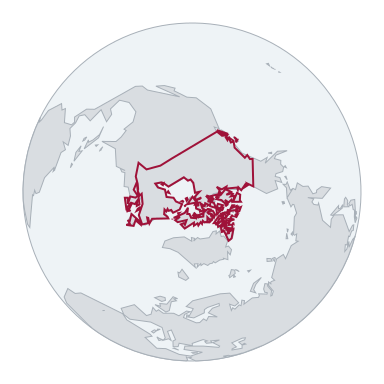 Canada on an orthographic globe, rotated 133°
{"feature_id": "CAN", "entity_name": "Canada", "entity_type": "country or territory", "adm_level": 0, "iso_a3": "CAN", "parent_name": "North America", "parent_adm1": "", "projection": "orthographic", "projection_center": [-89.555, 62.395], "detail": "fine", "context": "on_globe", "style": "outline", "palette": "rose", "viewbox_px": 384, "rotation_deg": 133, "n_neighbors": 0, "source": "natural_earth", "source_scale": "50m", "svg_char_len": 16064}
<svg xmlns="http://www.w3.org/2000/svg" viewBox="0 0 384 384"><g transform="rotate(133 192 192)"><circle cx="192" cy="192" r="169" fill="#eef3f6" stroke="#a8b0b8"/><path d="M240.7,353.8L244.8,351.4L242.1,351.2L230.3,352.6L216.3,347.7L220.7,343.0L217.3,341.5L228.3,332.6L225.0,325.9L221.0,325.5L217.3,329.0L203.3,325.6L197.9,319.6L153.3,305.4L148.4,300.6L147.8,294.1L130.8,265.9L139.2,290.6L133.0,284.8L127.6,275.2L130.2,274.1L126.1,260.4L120.2,253.1L118.4,235.0L127.2,215.3L129.3,220.1L131.2,215.0L128.6,208.8L126.5,205.9L129.4,181.9L122.6,162.7L115.4,160.6L121.0,158.1L103.9,157.3L96.9,150.6L107.9,155.8L111.4,154.5L108.3,148.6L111.2,146.1L111.4,141.9L115.2,139.6L121.3,143.1L123.9,141.7L121.5,137.6L123.8,132.9L126.9,139.0L131.2,131.5L142.3,136.5L147.5,155.8L156.8,157.3L170.5,174.1L172.4,170.7L178.8,175.3L183.3,173.3L184.5,177.2L187.1,172.2L185.1,169.0L185.5,165.8L188.0,164.4L190.0,169.1L189.1,170.5L191.0,171.1L190.9,174.1L192.4,171.8L194.5,177.8L196.1,169.9L200.9,173.0L201.3,177.5L196.4,179.6L185.3,196.2L184.2,201.8L187.6,207.5L204.2,212.6L205.1,218.0L209.7,223.5L211.5,219.2L208.5,213.5L213.0,207.1L208.8,201.1L210.0,197.8L207.6,190.8L213.2,189.3L219.9,191.6L222.2,197.4L225.2,198.6L227.3,191.1L235.6,200.3L248.2,203.7L249.8,206.5L245.2,215.1L234.5,219.9L228.6,232.1L237.7,221.7L241.5,229.3L244.4,229.5L247.3,227.8L247.9,224.0L250.3,226.2L242.2,237.1L239.9,235.2L242.5,231.7L237.5,234.1L232.0,242.0L234.3,245.4L223.6,254.3L225.1,257.0L223.7,260.5L221.9,255.6L224.9,264.8L212.6,277.6L216.4,292.4L206.9,282.0L200.0,281.3L191.9,282.1L192.4,284.6L181.0,282.9L171.6,287.7L169.4,299.0L174.3,307.6L186.8,308.3L190.0,303.7L198.9,302.4L193.8,314.6L209.4,315.0L208.6,323.1L213.3,326.4L220.9,324.3L228.8,324.6L233.9,319.1L242.4,314.4L243.2,320.4L247.4,313.4L252.5,314.7L269.1,307.7L268.0,309.7L282.1,309.6L296.3,303.5L299.6,305.0L298.0,308.3L302.7,305.4L302.8,306.7L320.5,292.9L328.6,286.4L327.7,290.3L319.7,301.7L313.5,309.4L304.7,317.9L295.2,325.8L285.2,332.9L274.7,339.4L263.7,345.0L252.4,349.8L240.7,353.8ZM45.8,223.9L46.9,221.3L47.4,224.9L45.8,223.9ZM46.8,218.4L46.5,219.6L46.6,218.3L46.8,218.4ZM46.3,216.6L46.6,217.9L46.1,216.7L46.3,216.6ZM45.5,214.5L46.0,215.6L45.9,215.5L45.5,214.5ZM216.1,297.3L234.0,300.3L224.5,303.3L226.2,301.7L221.5,299.9L213.1,298.8L204.5,301.3L216.1,297.3ZM44.8,210.5L44.6,209.5L45.2,210.2L44.8,210.5ZM222.7,288.1L219.7,288.1L222.6,287.5L222.7,288.1ZM125.0,205.1L128.3,209.0L129.5,215.6L126.5,212.7L125.0,205.1ZM123.2,192.7L125.5,193.6L123.2,198.8L122.6,196.6L123.2,192.7ZM109.6,159.9L111.6,162.9L108.6,160.9L109.6,159.9ZM110.7,141.8L109.2,141.8L109.9,139.6L110.7,141.8ZM204.7,192.2L206.1,191.6L205.8,193.2L204.7,192.2ZM202.3,189.9L200.9,192.2L199.6,191.5L200.4,190.1L202.3,189.9ZM116.4,134.1L118.1,130.8L117.4,134.7L116.4,134.1ZM204.3,187.2L197.4,189.9L195.1,188.6L196.4,182.0L204.3,187.2ZM119.7,129.2L123.6,121.3L120.5,120.6L131.4,118.5L124.5,125.8L124.2,130.7L122.3,128.4L119.7,129.2ZM183.4,168.6L185.6,171.9L181.4,170.6L183.4,168.6ZM180.6,168.6L167.1,169.3L165.0,163.8L169.9,164.6L165.4,158.8L171.0,155.8L174.8,158.3L175.0,162.4L177.0,158.1L180.6,168.6ZM136.7,118.8L138.6,117.5L137.8,119.5L136.7,118.8ZM185.4,164.4L182.8,165.0L180.8,160.3L185.6,158.3L184.7,160.5L185.4,164.4ZM161.5,158.9L160.8,155.1L165.2,151.6L165.5,149.7L171.0,155.2L161.5,158.9ZM186.4,160.8L188.0,157.5L191.2,158.4L187.7,163.6L186.4,160.8ZM178.3,159.9L177.6,157.6L179.6,158.2L178.3,159.9ZM203.5,160.2L200.5,160.8L199.2,158.4L203.5,160.2ZM188.4,156.2L187.3,155.9L186.4,155.0L188.1,153.1L188.4,156.2ZM173.7,152.4L175.6,151.8L171.7,150.0L174.8,147.4L177.8,151.6L177.8,148.7L178.8,147.9L180.2,152.3L173.7,152.4ZM187.3,148.7L192.3,153.4L198.1,152.7L199.4,154.8L189.8,155.5L187.3,148.7ZM183.0,150.4L186.0,149.8L186.1,152.6L184.2,154.8L183.0,150.4ZM175.8,144.2L170.2,147.0L169.7,146.0L175.8,144.2ZM189.0,147.9L187.7,146.8L189.4,147.5L189.0,147.9ZM179.8,144.6L177.9,145.7L177.4,144.6L179.8,144.6ZM186.9,143.7L188.5,145.2L187.2,146.7L186.9,143.7ZM183.6,143.7L183.4,141.8L185.8,146.3L182.8,144.4L183.6,143.7ZM179.7,143.3L178.7,143.0L180.5,143.0L179.7,143.3ZM190.7,137.3L194.0,142.7L191.2,145.9L188.4,140.3L190.7,137.3ZM255.2,35.3L275.0,44.9L276.0,45.8L280.3,48.3L285.8,52.4L286.6,54.0L290.8,57.2L288.4,53.3L283.6,50.1L276.8,46.1L277.3,46.1L275.8,45.3L285.8,51.5L295.4,58.4L304.5,65.9L313.0,74.1L315.3,80.9L313.3,79.7L313.2,79.7L316.8,82.5L316.3,84.3L318.1,80.3L319.8,81.5L319.0,80.6L327.5,91.0L335.0,102.1L341.7,113.7L347.5,125.8L352.2,138.3L356.0,151.2L358.7,164.3L358.7,164.6L359.7,172.0L359.6,173.4L359.8,177.6L358.7,207.9L356.0,213.9L347.3,217.0L345.9,208.3L341.6,204.4L328.3,159.7L330.0,152.5L324.6,125.8L324.8,122.9L330.3,127.1L330.3,111.2L324.4,104.3L319.5,90.6L313.0,81.2L302.1,75.1L312.6,90.4L309.5,92.1L297.2,78.9L287.3,66.4L285.8,66.7L288.0,74.1L281.5,71.0L288.2,76.8L288.6,74.6L292.8,78.3L292.7,80.5L290.5,79.3L292.3,83.2L302.6,88.6L304.1,86.9L311.4,98.3L314.6,96.7L318.0,100.3L314.0,104.3L311.2,103.3L307.0,113.0L310.6,114.9L314.8,106.1L315.3,109.0L320.2,112.0L317.0,112.0L311.5,121.5L315.3,133.5L327.4,150.7L328.1,158.3L325.4,164.5L313.7,157.3L313.4,141.0L309.3,138.6L303.1,141.9L303.6,136.8L301.0,136.2L300.3,130.4L293.2,122.7L291.5,117.2L282.8,114.8L280.8,111.7L286.5,113.9L289.6,112.6L284.8,99.7L282.2,97.3L276.9,97.0L276.2,93.6L271.7,94.9L266.1,88.3L269.2,97.6L263.1,97.8L256.5,94.4L255.0,96.2L265.8,101.9L269.6,102.7L272.0,100.6L282.8,104.8L285.8,109.2L276.5,111.5L279.7,118.1L271.1,117.3L247.2,101.9L240.2,95.4L241.2,82.3L246.2,83.0L248.4,88.0L251.8,82.4L248.9,83.3L248.4,80.7L242.4,80.5L241.7,78.6L237.1,81.8L235.6,79.5L238.6,77.5L228.4,75.7L223.7,71.5L221.8,72.1L221.0,73.8L215.5,67.5L214.3,68.2L215.7,70.5L214.1,73.4L209.3,76.2L207.6,73.9L209.2,72.6L209.9,66.5L214.3,63.5L213.1,62.9L209.0,64.9L208.0,72.3L205.6,74.7L205.3,71.0L205.2,72.5L203.5,73.0L200.2,71.3L200.2,75.4L183.3,84.5L175.4,82.6L177.0,78.1L163.5,82.9L155.6,80.8L156.9,82.8L151.3,86.8L153.7,87.5L153.8,88.8L140.5,100.1L136.1,101.1L131.7,108.8L132.3,109.9L135.4,109.5L131.4,118.5L120.5,120.6L119.7,117.9L113.5,121.2L112.3,114.7L108.5,111.1L110.9,102.4L107.6,100.5L105.6,102.1L99.7,100.9L94.6,93.3L107.8,92.4L117.1,103.5L114.1,98.3L117.5,97.5L118.0,94.4L115.7,91.0L113.7,91.9L123.7,77.2L123.4,66.6L116.9,71.6L111.7,72.3L105.6,65.9L113.7,50.1L106.8,51.9L105.7,51.3L110.0,47.9L111.8,48.6L117.1,46.3L117.5,47.4L125.0,42.5L125.9,44.0L131.3,39.7L128.1,39.9L121.1,43.5L125.4,39.5L117.0,42.2L114.8,42.2L121.0,38.7L132.6,33.8L144.5,29.9L156.7,26.8L169.0,24.6L181.5,23.4L194.0,23.1L206.6,23.7L219.0,25.2L231.3,27.7L243.4,31.0L255.2,35.3ZM338.1,175.0L339.8,176.6L338.1,175.0ZM280.3,55.0L272.1,48.8L269.8,51.0L266.5,48.9L266.9,50.5L269.7,51.2L269.9,55.4L264.2,52.7L262.2,53.5L264.8,55.7L275.2,60.0L275.0,53.9L279.4,55.7L280.3,55.0ZM269.6,307.4L271.7,307.6L269.1,308.9L269.6,307.4ZM223.5,306.5L227.1,305.9L229.1,306.6L226.4,307.5L223.5,306.5ZM253.2,298.3L257.2,297.5L253.2,299.6L253.2,298.3ZM236.8,300.4L250.0,299.3L242.2,303.9L233.8,304.6L239.4,302.4L236.8,300.4ZM221.7,293.0L224.0,293.2L223.6,294.7L221.7,293.0ZM224.8,287.6L224.0,288.0L222.7,287.0L224.8,287.6ZM242.0,228.6L242.7,227.8L245.8,226.7L244.7,228.7L242.0,228.6ZM257.4,213.8L261.0,217.7L257.7,216.2L256.8,219.5L248.9,220.7L250.2,208.0L251.0,213.4L257.4,213.8ZM238.6,219.1L243.5,219.6L238.1,219.6L238.6,219.1ZM287.6,139.7L289.4,137.5L292.7,139.5L294.7,147.2L290.0,144.3L287.6,139.7ZM291.2,133.9L281.5,134.4L279.8,129.8L282.4,132.3L282.2,129.2L286.4,132.3L294.3,127.7L297.6,129.3L299.6,142.3L297.1,137.1L295.5,139.5L291.2,133.9ZM259.6,145.9L255.3,146.6L257.2,135.7L260.9,136.3L263.2,143.8L260.2,147.6L259.6,145.9ZM208.1,175.3L206.3,176.8L205.7,175.4L206.8,173.1L208.1,175.3ZM202.2,160.7L215.1,167.9L213.7,169.9L222.9,172.1L222.9,178.1L217.0,176.4L223.8,182.8L218.5,183.7L223.6,187.6L210.4,183.2L205.8,184.4L210.9,180.7L211.0,175.1L209.7,173.1L202.5,168.3L192.9,168.4L191.4,163.1L193.0,159.3L195.1,158.5L195.3,162.2L198.0,158.4L200.0,163.1L202.2,160.7ZM211.9,121.2L211.4,125.3L217.0,119.6L219.0,123.8L219.5,122.9L222.9,125.3L228.0,126.7L228.2,128.9L230.1,128.5L232.4,130.1L235.0,130.4L236.3,134.5L239.7,135.2L238.4,136.8L243.8,136.9L240.4,138.7L243.0,141.2L244.9,138.1L245.6,161.0L248.5,169.5L252.8,175.8L246.3,178.4L238.1,174.3L230.1,167.0L228.2,158.6L225.7,161.4L224.0,158.3L226.7,157.3L221.5,156.9L220.9,154.1L213.7,148.3L206.6,149.7L203.8,147.7L206.3,145.8L201.8,145.2L204.6,140.3L202.6,138.8L203.4,132.6L209.3,129.9L206.7,128.5L207.2,123.8L211.9,121.2ZM191.2,135.6L197.7,131.2L202.1,131.4L198.9,142.1L200.2,144.2L198.3,151.3L192.0,150.9L193.2,148.9L192.8,146.8L194.9,147.8L192.9,145.5L194.4,142.7L193.3,140.2L195.8,139.4L191.2,135.6ZM321.9,118.9L321.5,116.6L320.2,113.0L323.2,114.9L321.9,118.9ZM318.5,125.5L317.6,123.3L321.3,123.9L321.7,126.4L318.5,125.5ZM314.0,121.6L317.3,123.1L315.8,123.7L314.0,121.6ZM285.4,112.0L284.2,109.8L285.3,109.5L287.4,110.6L285.4,112.0ZM228.9,106.0L227.9,108.1L226.8,107.7L221.9,110.3L220.0,107.5L222.2,104.8L228.9,106.0ZM305.6,78.1L309.3,81.3L309.5,82.4L308.2,81.1L305.6,78.1ZM318.1,98.3L316.7,93.9L318.9,98.9L318.1,98.3ZM226.0,103.4L224.2,104.7L224.4,102.5L226.0,103.4ZM218.3,105.6L218.0,103.2L219.2,107.5L218.3,105.6ZM114.4,41.9L113.2,42.6L112.8,42.7L114.4,41.9ZM207.2,83.0L216.2,82.3L221.4,80.3L222.3,76.6L224.8,81.6L216.8,84.7L207.2,83.0ZM186.5,84.5L185.7,87.9L183.5,86.9L183.4,86.0L186.5,84.5ZM187.8,86.3L191.6,89.7L189.5,91.9L186.9,88.8L187.8,86.3ZM209.2,95.9L211.9,95.9L211.7,97.6L209.2,95.9ZM95.8,56.9L97.5,56.7L94.5,59.2L94.2,58.6L95.8,56.9ZM86.5,67.9L94.3,59.8L100.8,53.9L98.2,55.4L98.5,53.7L103.2,51.7L99.6,56.2L94.4,60.7L94.9,62.2L91.8,66.4L94.5,67.1L93.6,69.4L89.6,70.2L86.5,67.9ZM95.9,67.3L99.4,70.9L93.2,75.7L91.1,76.0L92.1,72.2L95.2,69.9L95.9,67.3ZM98.4,73.2L101.5,71.1L113.3,73.2L114.2,74.9L102.0,75.5L104.3,73.5L102.5,72.3L98.4,73.2ZM137.3,116.5L138.4,117.4L136.5,117.7L137.3,116.5ZM155.3,89.1L155.2,90.9L152.9,91.1L155.3,89.1ZM153.7,96.2L156.3,94.7L154.2,97.2L153.7,96.2ZM162.0,91.3L157.6,94.6L160.8,90.1L162.0,91.3Z" fill="#d9dde1" stroke="#a8b0b8" stroke-width="1"/><path d="M130.5,191.1L130.9,176.7L127.3,176.8L128.4,172.1L126.5,170.2L146.1,151.0L148.0,157.1L148.4,155.7L155.1,157.4L151.1,157.5L149.7,157.9L149.7,158.3L157.1,157.2L156.9,161.3L159.1,160.0L158.0,162.1L166.3,169.4L164.5,170.5L169.8,172.0L171.4,177.4L171.9,173.1L174.8,171.6L172.1,170.8L174.6,170.6L183.2,176.1L182.2,173.7L183.5,173.5L185.0,174.4L185.3,178.1L184.1,177.9L184.7,179.2L184.5,178.2L185.3,178.3L185.5,177.4L185.5,175.1L187.8,173.6L185.0,168.6L187.4,163.7L190.0,169.1L188.6,170.5L191.1,171.2L190.2,171.7L191.2,174.7L193.6,173.1L194.5,177.9L197.0,173.0L196.1,170.0L200.8,172.8L199.6,173.8L201.3,177.7L199.3,179.9L197.8,178.3L197.4,178.2L197.1,178.5L198.8,180.5L195.3,179.8L196.3,180.9L194.6,183.3L191.8,181.6L189.7,181.5L195.1,183.7L193.9,186.7L186.7,186.7L190.5,189.3L184.4,197.3L183.8,201.5L186.5,202.7L186.8,208.0L204.1,212.9L204.8,218.8L205.9,221.0L210.9,224.6L211.9,220.0L208.7,213.4L213.0,207.2L208.8,201.6L209.9,197.3L207.6,191.0L213.3,189.1L220.1,191.7L219.3,195.0L221.8,196.4L221.1,198.3L223.7,197.5L223.5,200.2L227.3,197.2L226.8,193.1L227.5,191.3L238.8,202.9L244.1,201.6L240.8,206.4L241.3,207.4L244.6,202.8L249.7,206.3L245.2,215.1L234.4,220.0L227.6,227.6L230.2,227.8L228.3,232.3L226.6,233.4L223.1,237.3L219.0,243.7L207.1,251.0L206.5,240.7L194.3,233.1L181.3,229.6L130.8,214.9L130.4,208.4L126.5,204.9L128.8,204.5L127.9,202.2L129.3,203.6L129.9,201.4L127.9,202.1L126.9,202.9L129.3,197.4L126.7,196.0L130.5,191.1ZM194.8,166.6L196.5,166.5L196.5,164.7L195.3,163.8L196.6,161.3L195.5,160.5L198.6,158.5L200.1,161.0L199.9,163.6L203.0,160.6L205.7,162.1L205.7,164.5L208.5,162.9L208.1,165.1L212.2,164.5L211.2,166.6L215.3,167.6L213.1,169.7L223.7,172.4L223.3,178.1L220.4,176.7L220.8,174.8L216.2,176.8L223.8,181.9L224.1,185.1L218.4,183.9L223.4,187.8L212.3,183.0L206.3,184.2L211.3,180.5L209.8,178.8L211.5,175.1L208.6,171.4L205.8,172.1L206.4,170.4L202.2,167.0L199.9,168.9L200.8,169.8L193.6,168.9L192.1,166.5L194.3,166.6L191.6,164.0L192.7,159.7L195.7,158.5L194.5,161.5L195.1,164.0L196.3,165.5L194.8,166.6ZM199.0,131.4L202.7,132.0L198.7,141.6L200.3,142.6L198.1,143.0L200.6,143.5L196.8,148.3L199.7,149.1L198.1,151.3L192.0,150.8L193.8,148.8L193.0,147.2L195.3,148.2L195.8,148.0L196.3,146.3L193.2,146.0L193.6,144.3L195.6,144.2L196.4,143.5L193.5,140.1L196.8,141.7L195.2,139.8L197.9,137.9L197.0,137.8L197.5,136.4L194.1,139.4L193.4,139.1L194.8,137.5L192.9,139.0L192.1,138.3L193.4,138.0L194.1,137.2L191.1,136.3L199.0,131.4ZM170.7,157.9L174.7,158.2L175.3,162.5L176.3,158.2L177.8,158.5L177.8,164.9L180.5,169.2L177.9,169.1L179.3,170.8L177.9,171.6L174.5,169.0L167.3,169.5L165.3,163.7L170.6,165.0L165.7,162.0L165.4,160.8L168.7,160.6L166.0,158.4L169.6,156.0L171.7,156.1L170.7,157.9ZM237.4,234.1L234.6,229.4L231.7,229.2L230.1,236.2L222.6,239.0L236.9,221.9L239.8,222.9L235.9,226.1L239.8,225.5L241.4,229.3L248.8,228.9L242.0,237.2L240.0,235.1L244.4,230.7L237.4,234.1ZM165.8,149.6L171.1,155.2L162.0,158.5L161.1,154.9L165.4,151.4L165.8,149.6ZM190.9,137.7L192.9,139.8L194.5,142.8L190.9,146.0L189.4,143.7L191.1,142.7L188.4,140.3L190.9,137.7ZM188.8,149.5L192.5,153.8L197.3,152.4L199.8,154.8L190.5,156.1L189.5,151.2L187.1,149.8L188.8,149.5ZM175.1,147.4L180.5,151.7L174.3,153.6L173.2,152.4L176.2,151.8L171.8,149.9L175.1,147.4ZM250.9,207.8L251.2,214.0L256.6,211.6L260.9,217.6L257.6,215.9L256.2,220.0L256.9,217.0L249.4,221.3L249.1,210.6L250.9,207.8ZM182.0,158.6L184.1,158.2L185.8,158.3L184.4,160.5L185.9,161.4L185.5,163.9L183.0,165.0L180.6,160.4L182.9,160.4L182.0,158.6ZM196.5,181.7L198.2,182.7L204.0,187.0L195.1,188.4L196.5,181.7ZM187.0,158.7L191.3,158.4L186.9,163.5L187.0,158.7ZM175.8,145.0L173.4,147.4L169.7,146.0L173.7,144.3L175.8,145.0ZM186.4,150.6L185.6,154.6L182.4,152.4L183.8,152.1L183.6,150.2L186.4,150.6ZM183.2,142.3L186.0,144.0L186.2,146.1L183.2,142.3ZM124.9,205.3L128.7,209.2L129.8,216.0L124.9,205.3ZM199.2,158.5L202.3,158.5L203.6,160.0L199.2,158.5ZM181.5,171.7L185.0,171.2L185.9,172.8L181.5,171.7ZM189.0,155.0L188.1,156.0L186.6,154.7L188.1,153.2L189.0,155.0ZM187.5,144.1L188.7,146.2L187.0,144.1L187.5,144.1ZM205.9,173.4L208.1,175.3L205.8,175.6L205.9,173.4ZM178.4,144.1L180.0,144.5L177.6,144.4L178.4,144.1ZM179.6,157.8L178.1,158.2L177.7,157.5L179.6,157.8ZM248.0,224.0L248.8,227.5L249.0,225.6L250.2,226.1L249.1,227.8L247.6,228.2L248.0,224.0ZM180.0,142.5L180.5,143.7L178.2,143.0L180.0,142.5ZM243.5,219.6L241.3,220.2L238.1,219.5L241.1,218.8L243.5,219.6ZM202.1,189.8L201.0,192.1L199.7,191.6L200.3,190.1L202.1,189.8ZM122.9,194.4L125.6,193.6L123.8,195.3L122.9,194.4ZM187.8,147.4L189.5,147.1L189.7,147.5L187.8,147.4ZM182.9,150.4L182.1,151.9L181.6,150.7L182.9,150.4ZM241.3,228.0L242.7,227.8L245.8,226.8L244.9,228.6L241.3,228.0ZM205.0,191.2L205.8,193.2L204.9,192.8L205.0,191.2ZM173.0,147.8L171.4,148.9L171.1,148.4L173.0,147.8ZM191.6,147.7L191.1,148.4L191.0,147.8L191.6,147.7ZM182.2,146.4L181.9,147.6L181.8,146.0L182.2,146.4ZM122.9,195.1L123.2,196.3L123.1,198.8L122.9,195.1ZM206.8,218.0L207.0,219.2L205.3,218.7L206.8,218.0ZM186.9,140.1L187.1,141.3L186.6,140.5L186.9,140.1ZM181.5,153.4L180.7,153.6L180.5,153.3L181.5,153.4ZM181.8,149.4L182.4,149.5L182.8,150.1L181.8,149.4ZM127.1,198.9L127.4,200.7L126.8,201.1L127.1,198.9ZM209.6,173.4L208.6,174.1L208.2,173.6L209.6,173.4ZM208.3,208.0L209.1,209.8L207.7,209.9L208.3,208.0ZM177.4,143.5L176.8,144.2L176.9,143.6L177.4,143.5ZM185.5,157.4L184.3,158.0L184.0,157.7L185.5,157.4ZM206.8,187.5L207.8,188.0L206.4,187.7L206.8,187.5ZM203.3,171.9L203.3,170.6L203.7,170.6L203.3,171.9ZM195.4,174.9L194.9,175.1L195.1,174.5L195.4,174.9ZM184.9,146.7L184.0,146.5L184.1,146.1L184.9,146.7ZM201.3,169.6L201.8,170.3L200.9,169.9L201.3,169.6ZM191.7,149.9L191.6,150.8L191.3,150.1L191.7,149.9ZM198.1,180.9L199.7,181.9L198.6,181.8L198.1,180.9ZM176.2,146.7L176.1,147.2L175.5,146.7L176.2,146.7ZM225.6,187.6L224.9,188.2L225.6,187.6ZM205.3,170.2L204.7,170.8L204.6,170.2L205.3,170.2ZM197.8,181.6L197.4,181.9L197.3,181.2L197.8,181.6ZM187.0,153.0L186.6,153.8L186.5,153.5L187.0,153.0ZM217.3,187.2L217.0,187.7L216.2,187.1L217.3,187.2ZM207.5,171.8L207.3,172.4L207.1,172.1L207.5,171.8ZM199.5,151.3L199.3,152.2L199.1,152.1L199.5,151.3ZM126.8,197.1L126.4,197.7L126.2,196.2L126.8,197.1Z" fill="none" stroke="#9f1239" stroke-width="2"/></g></svg>